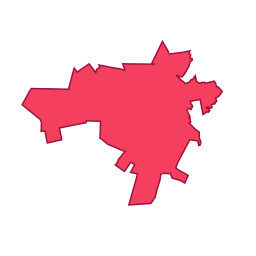 outline of Benjamín Hill, Sonora, Mexico, rotated 79°
{"feature_id": "50627088B71281385792912", "entity_name": "Benjamín Hill", "entity_type": "district", "adm_level": 2, "iso_a3": "MEX", "parent_name": "Mexico", "parent_adm1": "Sonora", "projection": "robinson", "projection_center": [-111.217, 30.152], "detail": "fine", "context": "isolated", "style": "filled", "palette": "rose", "viewbox_px": 256, "rotation_deg": 79, "n_neighbors": 0, "source": "geoboundaries", "source_scale": "gbopen_adm2", "svg_char_len": 5083}
<svg xmlns="http://www.w3.org/2000/svg" viewBox="0 0 256 256"><g transform="rotate(79 128 128)"><path d="M62.3,171.1L65.3,172.6L77.1,178.3L78.6,179.0L78.2,180.7L78.1,181.0L77.7,183.3L77.2,185.6L75.9,191.4L73.8,201.4L73.1,204.9L70.8,215.4L72.8,217.3L73.3,217.8L76.8,220.7L78.1,221.8L80.1,223.4L85.0,227.5L90.5,222.9L100.2,214.8L102.8,212.5L105.3,212.1L106.1,211.9L114.8,213.9L114.8,212.3L114.8,211.4L114.9,210.1L122.7,210.1L127.3,210.1L127.1,203.2L127.0,200.4L126.9,195.3L123.9,195.3L122.5,195.3L114.9,195.3L114.8,184.4L114.8,182.1L114.8,179.9L114.8,168.1L113.0,167.5L113.9,163.7L116.2,153.7L122.4,155.1L132.7,157.5L133.3,156.6L136.2,154.2L140.2,150.8L144.0,145.0L145.4,143.0L146.1,142.0L149.0,137.8L149.3,137.3L149.5,137.3L149.5,136.9L150.4,135.0L150.7,135.3L152.8,138.5L155.1,140.7L155.4,141.0L155.6,141.4L155.8,141.9L156.0,142.3L156.2,142.6L156.5,142.9L157.9,143.9L158.7,144.3L159.2,144.6L159.7,144.9L160.1,145.3L160.2,145.6L161.8,147.5L170.0,139.8L163.0,132.6L162.1,131.9L165.1,128.4L172.1,134.0L174.8,127.5L178.6,129.2L203.7,141.9L206.4,119.9L202.2,115.6L201.2,114.4L200.6,114.3L194.7,111.6L193.6,111.1L185.2,106.5L179.6,104.6L179.3,102.5L179.5,100.7L180.9,95.2L185.6,94.2L187.3,90.9L189.3,86.9L192.9,82.7L190.9,81.4L189.0,80.1L187.2,78.7L186.0,78.0L178.3,87.0L176.1,88.7L171.2,85.6L167.0,82.2L152.5,70.5L151.3,69.5L153.3,63.9L153.8,62.5L153.9,62.3L154.0,62.1L154.6,61.8L154.9,61.7L155.0,61.7L155.1,61.8L155.5,62.0L156.2,61.7L156.6,61.8L156.8,62.0L157.2,62.0L157.5,61.9L157.7,61.7L157.9,61.6L158.0,61.6L158.3,61.7L158.6,61.9L158.6,61.3L158.6,60.5L158.4,60.4L158.1,60.3L157.6,60.0L157.2,59.8L157.0,59.6L156.6,59.5L156.1,59.3L155.8,59.2L155.5,59.2L155.0,59.2L154.2,59.4L153.7,59.5L153.3,59.6L153.0,59.7L152.6,59.7L151.7,59.8L151.3,59.8L150.8,59.8L150.4,59.8L149.8,59.7L149.0,59.5L148.3,59.3L148.1,59.3L147.9,59.3L147.6,59.2L147.3,59.1L147.1,59.1L146.9,59.1L145.8,58.7L143.5,60.7L143.1,61.4L136.8,65.7L134.9,67.1L134.8,66.7L134.6,66.5L134.5,66.1L134.3,65.7L134.3,65.4L134.1,65.3L133.4,65.4L131.3,65.2L130.9,65.3L130.4,65.7L129.6,66.4L129.1,64.9L127.9,65.2L127.4,65.3L126.5,65.4L125.8,65.8L125.0,66.1L124.3,66.3L123.6,66.2L123.3,66.2L122.9,66.3L121.9,66.7L121.4,66.2L120.6,65.6L120.5,65.0L120.4,64.0L121.3,63.4L122.2,62.7L122.4,62.6L122.0,62.6L121.8,62.6L121.7,62.5L121.4,62.5L121.3,62.4L121.2,62.3L120.9,62.1L120.4,61.4L120.2,61.4L119.9,61.4L119.8,61.2L119.7,60.8L119.5,60.5L118.8,60.6L118.5,60.6L117.0,61.0L116.7,61.5L114.2,61.6L113.7,61.7L113.7,51.8L129.2,51.8L129.2,51.6L128.6,50.8L128.0,49.3L127.8,48.9L127.4,48.2L127.3,47.9L127.2,47.6L127.3,47.3L127.5,47.1L127.5,46.9L127.6,46.7L127.4,46.3L127.4,46.2L127.4,45.8L127.4,45.7L127.5,45.7L126.6,44.4L123.2,46.4L123.6,47.2L123.3,47.3L123.1,47.3L122.9,47.3L122.8,46.7L122.8,45.7L122.7,44.7L124.3,44.6L124.1,41.6L120.9,41.8L120.9,40.7L120.7,37.8L119.1,37.9L119.0,35.9L117.5,36.0L115.9,36.1L115.2,36.1L115.1,35.9L115.1,35.7L114.9,35.2L114.8,34.8L114.7,34.3L114.5,33.6L114.3,33.0L114.1,32.8L113.2,31.7L112.8,31.2L112.2,30.6L111.7,30.1L110.8,29.1L110.2,28.5L109.9,28.7L109.7,28.8L109.3,29.0L109.1,29.1L108.8,29.3L108.5,29.4L108.3,29.6L108.1,29.7L107.5,30.1L107.4,30.2L106.4,30.8L105.4,31.3L105.0,31.6L104.9,31.7L104.8,31.9L104.7,32.1L104.5,32.3L104.5,32.5L104.4,32.7L104.1,33.1L103.9,33.2L103.7,33.2L103.4,33.3L103.1,33.3L102.5,33.3L102.0,33.4L101.3,33.4L100.8,33.5L100.3,33.7L99.7,33.8L98.9,34.2L98.7,34.3L98.4,34.5L98.4,34.9L98.5,36.0L98.5,36.3L98.6,37.1L98.6,37.5L98.6,38.0L98.6,38.5L98.6,39.0L98.7,39.7L98.7,40.1L98.8,40.8L98.8,41.6L98.8,41.9L98.8,42.2L98.8,42.6L98.8,43.2L98.8,43.9L97.8,44.0L97.9,45.4L97.7,45.5L97.4,46.3L97.4,46.8L97.4,47.3L97.6,47.6L97.8,48.0L97.9,48.5L97.8,48.8L97.6,49.4L97.5,49.7L97.3,49.7L97.2,49.9L97.1,50.1L96.8,50.4L96.5,50.8L95.8,51.5L95.4,51.7L95.2,51.7L95.1,51.9L89.6,52.0L90.0,52.3L89.9,52.4L89.9,52.5L90.0,52.8L90.2,53.0L90.3,53.0L90.5,53.2L90.8,53.4L91.3,53.5L91.9,53.8L92.0,54.3L92.1,54.5L92.3,54.9L92.3,55.0L92.5,55.3L92.7,55.6L92.9,56.0L92.6,56.7L92.9,57.3L93.2,57.4L93.4,57.6L93.5,57.8L93.7,58.0L94.0,58.3L94.2,58.6L94.4,59.1L94.6,59.4L94.7,59.7L94.8,60.0L95.0,60.5L94.9,60.7L94.9,61.4L95.0,61.5L95.1,63.8L93.2,64.6L92.7,65.1L90.7,67.5L90.4,67.1L89.5,67.8L89.3,67.7L85.4,70.9L88.2,65.1L85.1,61.5L84.4,61.0L83.4,60.2L82.8,59.8L82.4,59.4L80.0,57.1L79.2,56.5L78.7,56.3L78.2,56.1L77.9,56.0L77.4,55.7L76.9,55.5L76.6,55.4L76.1,55.3L75.9,55.0L74.6,53.8L74.5,53.7L74.4,53.4L74.2,52.7L74.0,52.4L73.8,52.2L73.6,52.1L73.4,51.9L72.8,51.8L72.6,51.7L72.4,51.7L72.2,51.8L71.9,52.0L71.7,52.9L71.6,53.2L71.6,53.3L71.4,53.5L71.2,53.6L70.8,53.7L70.6,53.7L70.4,53.6L69.6,53.1L69.2,52.9L68.8,52.7L68.6,52.6L68.3,52.6L68.1,52.6L67.9,52.7L67.6,52.8L67.1,53.1L66.6,53.4L66.3,53.5L66.1,53.5L65.8,53.5L65.6,53.5L65.4,53.4L65.0,53.2L64.1,52.6L64.3,54.0L64.4,54.6L64.0,54.8L64.2,58.8L63.3,72.4L63.2,73.0L62.6,73.6L62.0,73.9L60.7,73.8L49.6,77.7L68.8,92.1L70.9,89.6L69.7,93.2L64.0,120.9L68.3,120.3L69.5,120.1L70.6,120.1L68.7,124.0L67.9,125.9L65.3,133.1L64.2,135.7L60.6,144.5L63.0,144.1L64.4,147.5L67.4,149.1L57.6,153.9L60.8,161.2L63.4,167.3L58.9,169.4L62.3,171.1Z" fill="#f43f5e" stroke="#9f1239" stroke-width="1.5"/></g></svg>